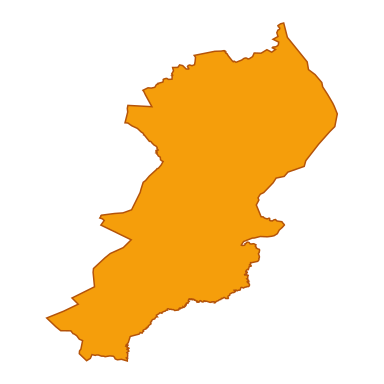 Pasienes pag., Zilupes, Latvia (Equal Earth projection)
{"feature_id": "27541924B2510682390951", "entity_name": "Pasienes pag.", "entity_type": "district", "adm_level": 2, "iso_a3": "LVA", "parent_name": "Latvia", "parent_adm1": "Zilupes", "projection": "equal_earth", "projection_center": [28.149, 56.234], "detail": "fine", "context": "isolated", "style": "filled", "palette": "amber", "viewbox_px": 384, "rotation_deg": 0, "n_neighbors": 0, "source": "geoboundaries", "source_scale": "gbopen_adm2", "svg_char_len": 6002}
<svg xmlns="http://www.w3.org/2000/svg" viewBox="0 0 384 384"><path d="M100.9,225.1L131.2,239.8L123.3,247.6L110.3,253.5L105.0,257.8L93.5,268.5L93.1,272.3L94.5,286.8L72.0,298.0L78.2,304.2L63.6,311.2L46.7,318.0L55.8,326.7L60.7,330.7L70.8,330.8L73.1,333.7L74.2,334.0L76.7,335.7L79.3,339.2L82.6,340.6L80.9,349.1L79.5,351.0L79.3,353.7L86.6,360.7L90.3,358.4L92.0,354.6L95.3,355.4L96.3,355.0L98.4,355.0L101.3,356.1L103.8,356.2L105.1,356.7L109.9,355.9L113.2,356.2L114.4,357.2L115.2,358.9L117.4,359.8L121.5,359.3L127.3,361.0L127.3,359.2L127.6,358.5L126.6,358.3L126.3,357.9L127.5,357.3L127.7,354.9L127.5,354.0L127.8,353.5L126.9,352.5L128.8,351.3L128.7,350.7L128.0,349.9L127.0,349.5L127.3,348.6L128.6,348.7L129.0,348.3L128.7,347.9L127.4,347.9L127.2,347.5L127.3,346.9L126.3,346.5L127.3,346.0L128.0,345.2L127.5,345.0L126.9,345.3L126.1,345.2L126.4,344.6L127.4,344.2L127.4,343.6L128.3,342.6L130.1,336.7L130.7,336.3L139.1,334.1L140.0,333.1L140.2,332.5L142.1,333.1L142.4,332.2L143.5,331.4L143.0,330.6L143.3,330.1L145.1,329.2L145.9,329.0L146.2,328.7L146.1,328.2L147.1,328.0L147.3,327.7L147.2,327.2L148.4,326.8L148.4,325.8L151.0,323.8L150.6,323.1L150.5,322.2L151.5,321.7L151.6,320.6L152.7,319.5L154.7,318.9L155.5,317.5L156.3,316.9L157.3,316.8L156.9,316.4L156.4,315.2L159.0,313.7L159.7,312.8L161.9,313.2L161.9,312.5L163.8,311.5L165.3,311.1L165.8,310.4L167.5,310.1L167.2,309.4L167.4,308.9L168.0,308.7L168.8,308.9L169.6,309.4L171.0,309.2L171.9,309.6L173.6,309.6L174.6,310.5L178.5,310.0L178.5,309.5L179.3,309.1L179.0,308.9L179.4,308.2L180.0,308.0L180.2,308.4L179.9,308.7L180.5,308.7L181.1,308.0L182.0,308.0L182.2,307.6L183.2,307.4L183.1,306.8L184.0,307.3L185.2,306.3L185.0,305.7L185.7,305.7L186.0,305.3L186.2,304.7L185.7,304.3L186.5,303.8L186.5,303.2L187.2,303.2L187.4,302.8L188.0,303.1L188.4,302.0L189.1,301.5L188.5,301.0L188.3,300.4L188.9,299.1L189.4,298.8L189.9,298.9L189.7,299.4L190.0,299.7L190.3,299.6L190.4,299.0L191.3,298.8L191.8,299.0L191.8,299.6L192.1,299.8L192.5,299.8L192.7,299.1L193.4,299.2L194.5,299.7L194.4,300.2L195.7,300.4L196.3,301.0L196.9,301.1L196.7,301.6L197.0,302.1L197.9,301.5L198.6,301.8L198.4,302.2L198.8,302.2L199.7,301.6L199.9,300.7L200.2,300.6L201.0,300.9L202.1,301.9L203.2,301.9L204.0,301.3L204.0,300.8L204.6,300.8L205.0,300.9L205.2,301.4L206.5,301.2L210.2,302.4L211.5,301.9L211.9,302.2L212.1,301.8L214.0,301.7L214.4,301.9L214.2,302.8L214.8,302.9L215.3,302.6L216.3,301.4L218.6,300.5L219.3,299.7L220.8,299.5L221.4,298.4L222.6,298.5L223.5,297.6L224.5,297.5L225.7,298.5L228.1,298.5L228.4,298.1L227.9,296.8L228.3,295.9L229.6,295.4L229.7,294.2L231.6,293.0L232.9,292.5L233.7,292.6L235.5,291.5L235.5,291.0L234.3,290.6L234.1,290.3L236.2,290.1L237.2,290.8L238.4,290.2L239.5,290.2L240.2,289.9L240.8,287.8L241.2,287.4L241.9,287.4L243.5,288.0L244.7,287.3L246.6,286.9L247.1,286.5L248.1,286.7L249.1,286.1L249.5,285.1L249.4,284.2L247.7,282.5L248.8,281.9L248.5,281.7L247.4,281.8L247.2,281.6L247.5,281.2L249.2,280.9L248.4,280.7L248.5,280.2L246.8,278.8L247.8,278.2L247.6,276.3L248.2,275.8L248.2,275.4L247.6,275.0L244.8,275.0L244.6,274.6L245.4,274.0L246.1,274.0L246.6,273.4L246.7,272.8L247.3,272.6L247.3,272.3L246.6,271.6L245.8,271.9L245.7,271.4L246.6,270.0L247.1,269.7L248.2,269.7L248.4,269.3L248.1,269.0L248.6,268.6L249.2,266.7L251.2,266.0L251.0,265.3L249.6,264.8L250.7,263.5L250.6,262.6L251.9,262.6L257.5,261.4L258.5,260.6L259.0,259.3L258.8,258.4L259.3,257.9L259.4,256.5L258.4,253.7L259.2,252.4L259.6,250.0L259.2,249.3L258.1,249.0L256.2,248.0L256.3,247.2L255.5,246.5L255.3,246.1L256.0,244.9L254.2,243.9L253.4,243.7L251.5,244.0L250.1,243.8L249.8,243.6L249.1,242.5L247.5,242.1L246.9,242.3L246.1,243.3L245.0,243.7L245.1,244.6L244.3,245.3L242.1,245.5L241.3,245.1L242.4,243.3L243.6,241.5L252.3,238.1L254.4,238.0L260.2,236.5L267.3,236.8L271.4,236.3L274.1,235.7L277.3,233.7L279.3,230.0L282.2,227.5L284.4,225.0L284.2,224.5L282.5,222.6L281.9,221.7L277.1,221.0L276.0,220.2L275.7,219.6L275.4,219.5L273.8,219.9L272.4,220.9L270.5,220.8L269.6,220.4L269.8,219.0L269.5,218.3L269.0,218.2L267.1,218.9L264.4,218.0L263.3,216.9L261.1,216.7L256.3,205.0L258.9,200.0L258.0,197.9L260.3,194.2L263.7,192.6L273.1,182.8L276.1,178.1L284.2,176.4L287.9,172.1L304.2,166.4L305.8,160.7L318.7,144.1L329.8,131.6L334.8,126.6L337.3,113.9L334.2,106.2L332.7,103.1L327.5,94.3L322.7,86.9L321.8,82.5L315.1,74.6L308.5,69.6L307.2,61.9L287.4,37.4L283.7,23.0L280.6,23.8L277.9,25.6L278.4,26.8L279.5,27.5L279.7,28.8L279.2,29.5L277.9,30.1L276.8,32.7L278.0,36.5L273.0,39.3L278.7,42.1L278.3,44.8L277.5,45.8L275.7,46.8L272.9,47.1L272.3,47.8L275.5,49.5L271.7,52.2L266.9,49.7L261.1,53.2L254.2,53.0L252.6,56.6L249.5,58.6L248.1,59.0L246.6,58.1L245.4,58.0L244.0,58.4L241.6,60.1L236.0,62.3L234.2,61.2L233.5,61.3L233.2,61.7L232.3,60.9L228.0,55.5L227.2,53.9L225.9,53.2L225.9,52.1L225.5,52.2L224.8,51.6L225.0,51.2L224.5,51.2L224.5,50.8L224.1,50.6L221.1,51.1L214.8,51.3L194.2,55.4L195.5,57.2L195.1,61.6L194.5,64.7L192.0,65.7L189.7,65.0L188.2,65.5L187.5,66.6L188.8,68.5L188.7,69.0L186.2,69.0L182.7,65.6L179.6,64.9L177.8,67.4L172.6,67.5L173.5,70.9L171.8,73.7L172.3,74.5L172.1,74.6L172.7,75.2L172.6,75.5L171.8,75.8L172.2,76.1L172.0,79.2L168.4,79.4L166.8,78.4L165.6,78.5L163.5,79.2L163.2,79.5L163.3,80.8L162.8,82.1L157.9,83.4L158.0,84.0L156.5,84.5L154.8,87.3L151.3,88.1L148.0,87.8L142.9,90.3L143.9,91.6L145.4,94.8L151.9,106.7L127.9,105.4L127.3,108.4L127.7,111.8L127.6,112.5L125.0,122.8L127.8,123.0L131.8,125.8L137.4,128.4L141.4,132.2L142.8,132.9L143.9,134.6L143.7,134.9L144.5,135.3L149.4,141.4L150.2,141.3L151.1,141.8L151.9,142.9L154.0,145.0L156.0,146.1L157.2,147.5L157.0,148.6L158.2,150.0L157.7,150.5L156.3,150.3L156.0,150.5L155.9,151.1L156.1,151.4L156.7,151.4L156.6,151.8L157.0,152.2L156.0,152.9L157.1,153.4L157.0,154.2L157.6,154.6L158.2,155.9L160.3,157.2L160.5,159.8L162.2,161.1L163.1,161.5L161.1,165.1L158.3,168.4L157.1,168.6L156.5,169.5L149.3,176.1L145.6,180.5L143.2,182.3L140.9,189.6L140.2,192.4L131.6,209.8L122.9,212.9L114.5,213.5L101.4,215.2L100.8,215.8L100.8,216.5L99.8,218.0L102.5,218.9L104.2,220.5L100.9,225.1Z" fill="#f59e0b" stroke="#b45309" stroke-width="1.5"/></svg>